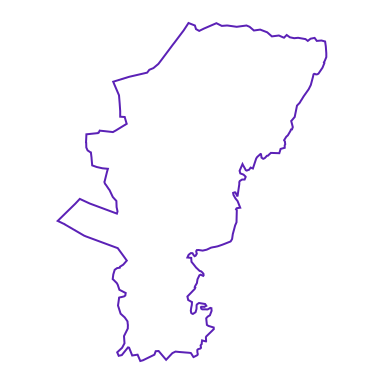 Gbi & Doru, Nimba, Liberia
{"feature_id": "62588387B4230579459991", "entity_name": "Gbi & Doru", "entity_type": "district", "adm_level": 2, "iso_a3": "LBR", "parent_name": "Liberia", "parent_adm1": "Nimba", "projection": "natural_earth1", "projection_center": [-8.931, 6.127], "detail": "fine", "context": "isolated", "style": "outline", "palette": "violet", "viewbox_px": 384, "rotation_deg": 0, "n_neighbors": 0, "source": "geoboundaries", "source_scale": "gbopen_adm2", "svg_char_len": 4728}
<svg xmlns="http://www.w3.org/2000/svg" viewBox="0 0 384 384"><path d="M325.1,41.5L321.5,40.5L316.8,40.9L314.6,37.9L310.6,38.7L307.8,40.9L305.5,39.1L298.1,37.8L294.2,38.2L289.9,37.3L286.7,35.0L284.0,37.7L282.5,37.1L278.9,35.5L271.9,36.4L267.2,32.3L262.0,30.3L260.2,29.6L253.9,30.5L249.6,26.8L246.5,25.5L236.7,26.8L227.4,25.5L226.9,25.5L221.8,25.9L218.2,24.1L216.4,23.2L203.9,28.6L199.2,30.9L196.0,29.1L194.9,25.5L188.5,23.0L188.2,23.5L183.6,30.5L181.4,33.4L174.7,42.3L172.9,44.6L161.6,59.7L158.4,63.9L153.4,68.1L149.3,69.8L147.2,72.6L146.9,72.7L129.6,76.7L128.5,77.0L113.2,81.7L114.2,84.1L119.0,95.3L119.7,103.8L120.2,111.2L120.2,116.1L120.2,116.7L124.7,117.0L124.9,117.7L126.6,123.6L126.7,123.8L116.1,130.3L112.9,132.1L112.3,132.0L104.2,131.1L100.2,130.7L99.7,130.6L98.8,132.5L98.4,132.5L98.0,133.1L86.4,134.3L86.3,136.8L86.0,142.6L86.2,142.8L86.3,147.5L87.6,150.4L90.0,152.0L90.6,152.5L90.9,152.5L91.4,156.6L91.5,157.3L91.6,158.9L92.2,165.4L96.7,167.0L102.5,168.3L107.9,168.8L107.0,171.9L104.6,181.5L104.4,181.9L104.7,183.0L105.1,183.8L105.2,184.0L106.0,185.0L108.7,189.0L109.5,190.0L112.8,197.0L115.5,200.0L116.3,200.8L116.4,201.4L116.6,207.2L116.9,208.5L117.5,211.3L117.5,211.5L116.9,213.6L95.9,205.8L89.7,203.5L80.0,199.0L79.8,198.9L75.2,203.8L67.3,211.5L57.7,220.9L60.2,222.1L63.5,223.7L63.9,223.8L64.6,224.2L64.6,224.3L84.2,235.7L84.5,235.8L85.9,236.4L117.3,248.0L117.7,248.1L122.4,254.5L126.8,260.6L123.2,264.7L120.0,266.7L119.8,267.7L117.1,268.1L114.7,269.8L113.3,274.4L112.7,279.1L113.4,279.7L116.8,283.1L117.7,284.7L119.4,289.8L121.4,290.8L124.9,292.6L125.7,293.0L125.3,295.5L124.1,296.4L121.3,297.1L119.7,297.4L119.1,297.6L118.7,300.7L118.0,305.5L120.6,313.7L124.7,317.4L127.5,321.4L127.7,323.8L127.9,325.0L127.8,327.6L127.8,328.5L124.0,336.1L124.5,343.3L122.1,347.8L117.2,352.3L118.7,355.8L121.8,355.1L128.0,347.4L128.5,347.5L129.1,347.7L131.4,353.5L132.2,355.5L137.4,354.7L137.6,354.7L140.3,361.0L142.9,360.3L154.4,354.7L154.9,353.4L155.7,351.2L158.6,351.0L166.1,359.8L170.7,354.9L172.4,353.1L175.5,351.6L179.4,352.0L189.4,352.8L190.8,353.0L191.2,353.5L193.4,357.0L193.5,357.1L195.7,356.0L197.4,355.1L197.8,354.1L197.4,352.4L197.3,350.0L197.5,349.8L197.9,349.3L200.2,348.5L200.4,348.5L201.0,347.8L200.9,347.0L200.6,345.4L201.8,343.9L201.7,343.3L202.1,340.4L204.2,341.0L206.0,341.4L206.1,341.2L205.9,337.4L205.9,337.2L206.3,336.4L213.8,329.1L213.7,327.9L213.7,327.5L208.4,325.9L206.9,324.9L206.2,318.3L207.7,316.6L209.9,315.3L211.6,310.8L211.4,308.6L211.4,308.2L210.3,307.9L207.7,309.4L202.2,309.3L201.3,308.7L200.9,307.2L201.3,306.8L203.9,306.8L204.1,306.8L204.3,306.9L206.3,305.8L205.1,304.0L199.0,303.0L197.2,304.2L196.6,305.1L196.5,308.9L195.6,312.1L195.4,312.3L193.0,313.9L192.5,313.9L191.2,312.9L190.8,310.7L191.2,307.8L191.7,305.5L191.8,305.1L192.0,302.1L190.0,301.0L188.2,300.0L187.4,296.5L191.4,292.4L193.5,290.2L194.6,289.1L195.3,287.7L194.7,287.2L195.2,286.0L196.9,283.1L197.5,279.3L198.8,276.6L199.4,275.3L200.6,274.7L202.4,275.5L203.2,275.9L203.6,275.4L203.5,274.2L203.5,273.9L202.3,272.4L201.0,271.3L199.6,270.9L196.9,268.3L196.2,267.7L193.6,264.4L191.5,261.8L191.4,260.7L191.2,257.9L187.4,257.5L188.5,255.0L189.6,254.0L190.9,253.1L192.5,253.2L193.7,255.2L194.6,256.2L195.6,255.7L196.8,253.7L196.6,253.1L196.2,251.2L196.8,250.1L198.6,250.0L202.7,250.6L206.6,249.7L207.1,249.5L208.8,248.7L210.9,247.7L212.6,247.3L215.0,246.9L217.7,246.3L218.9,245.9L222.1,244.8L224.2,244.0L230.5,241.5L230.7,241.3L231.1,240.7L232.1,239.0L232.8,234.1L234.3,228.6L235.1,225.5L236.5,222.3L236.8,210.2L236.6,209.9L236.0,209.3L236.6,208.3L236.8,208.2L239.5,207.8L240.2,207.7L237.6,201.1L235.5,198.5L233.5,195.0L233.1,192.9L233.3,192.8L234.9,192.3L235.4,192.4L237.1,195.8L237.6,195.7L238.7,188.2L239.3,184.2L239.3,182.1L239.8,181.0L242.1,179.5L244.4,179.5L244.6,179.5L245.7,176.9L245.4,176.4L243.5,174.6L240.3,173.4L239.7,171.2L239.6,170.8L242.5,164.1L243.1,165.3L244.7,168.1L245.8,170.2L246.8,170.6L247.4,170.3L249.1,169.7L250.6,167.6L251.6,168.0L252.9,168.5L256.1,158.8L256.2,158.5L257.2,157.0L260.5,154.0L261.0,154.2L261.4,156.5L261.5,157.6L263.2,158.8L263.8,158.6L265.0,157.9L266.9,155.8L268.1,155.6L269.0,154.6L270.9,152.9L279.3,153.2L280.1,150.6L280.6,148.9L284.7,147.8L284.7,145.3L285.2,144.4L285.2,144.1L284.9,141.5L284.7,141.2L284.1,140.2L286.3,136.7L287.8,135.4L290.4,131.0L291.0,129.5L292.0,129.4L292.8,127.1L292.1,124.4L291.2,121.0L291.6,120.6L293.0,119.0L294.4,117.3L294.7,117.0L297.0,105.6L299.7,102.8L301.1,100.4L301.6,99.7L303.6,96.4L308.7,89.2L310.8,85.0L312.8,77.5L313.2,75.9L313.5,74.4L314.1,73.9L314.9,73.9L315.6,74.3L316.2,74.4L317.2,74.3L318.4,73.7L318.9,73.0L322.5,67.7L324.4,63.0L323.9,62.4L324.8,60.8L326.3,57.1L326.3,53.2L325.8,46.3L325.1,41.5Z" fill="none" stroke="#5b21b6" stroke-width="2"/></svg>